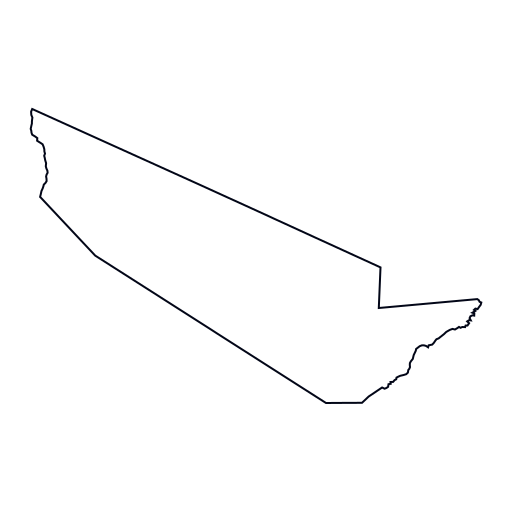 outline of Palmeira do Piauí, Piauí, Brazil
{"feature_id": "56859067B43243919057401", "entity_name": "Palmeira do Piauí", "entity_type": "district", "adm_level": 2, "iso_a3": "BRA", "parent_name": "Brazil", "parent_adm1": "Piauí", "projection": "orthographic", "projection_center": [-44.367, -8.533], "detail": "fine", "context": "isolated", "style": "outline", "palette": "ink", "viewbox_px": 512, "rotation_deg": 0, "n_neighbors": 0, "source": "geoboundaries", "source_scale": "gbopen_adm2", "svg_char_len": 1621}
<svg xmlns="http://www.w3.org/2000/svg" viewBox="0 0 512 512"><path d="M269.6,216.6L200.5,185.1L32.2,109.0L31.1,111.7L31.3,114.9L32.4,117.6L32.1,119.6L31.9,121.7L31.9,123.5L31.3,126.0L30.7,128.9L31.3,130.8L31.5,132.7L32.2,134.7L35.3,136.6L37.3,138.1L37.1,140.7L38.6,141.7L40.4,142.8L42.6,144.3L43.6,146.7L44.3,149.2L44.4,151.5L45.0,153.6L44.2,155.8L44.7,157.6L45.2,160.2L46.1,163.2L45.8,166.3L46.4,168.5L47.4,170.7L47.6,172.8L46.6,174.5L46.1,176.5L46.5,178.7L46.6,181.1L45.5,182.9L43.8,184.6L43.4,186.3L42.6,188.6L41.5,190.9L40.8,194.1L40.1,196.9L95.2,255.6L210.5,329.2L217.6,333.8L326.0,403.0L342.1,402.9L343.8,402.9L346.6,402.9L362.0,402.8L368.7,396.5L382.1,387.5L384.6,388.7L386.4,388.0L388.1,386.8L388.5,384.2L390.7,383.8L390.5,382.0L393.1,381.9L394.6,380.1L396.2,379.3L396.5,377.6L398.0,376.8L400.2,375.8L403.6,375.0L406.2,374.2L407.9,372.6L408.3,370.0L409.3,368.8L410.0,367.1L409.8,365.0L409.9,363.1L410.8,361.4L412.8,358.9L413.7,355.1L415.8,350.7L416.1,349.0L419.7,346.2L422.0,345.3L423.8,345.3L426.0,345.9L428.1,347.3L428.7,345.3L432.2,344.6L433.8,342.9L435.5,340.4L436.5,339.2L438.6,338.4L440.2,337.1L443.9,334.2L446.3,331.9L449.8,329.9L452.5,328.9L455.0,329.5L457.5,328.0L459.0,326.9L460.5,327.8L462.3,327.0L465.1,327.1L465.6,325.5L467.5,325.5L469.1,323.2L467.2,321.4L469.0,320.2L470.8,320.4L469.6,318.1L470.4,316.3L472.5,315.3L474.2,315.6L474.3,313.5L472.4,312.7L474.0,311.8L475.4,310.9L474.0,309.9L475.4,308.6L477.6,309.1L478.9,307.2L480.7,304.8L481.3,302.5L479.6,301.8L478.8,300.2L477.3,299.1L378.8,308.0L380.5,267.4L314.9,237.4L274.3,218.8L269.6,216.6Z" fill="none" stroke="#020617" stroke-width="2"/></svg>